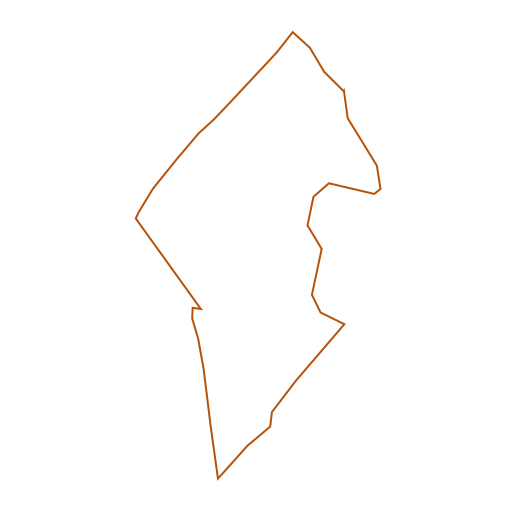 the border of West Dunbartonshire, rotated 42°
{"feature_id": "GBR-2011", "entity_name": "West Dunbartonshire", "entity_type": "Unitary District", "adm_level": 1, "iso_a3": "GBR", "parent_name": "United Kingdom", "parent_adm1": "", "projection": "orthographic", "projection_center": [-4.496, 55.971], "detail": "fine", "context": "isolated", "style": "outline", "palette": "amber", "viewbox_px": 512, "rotation_deg": 42, "n_neighbors": 0, "source": "natural_earth", "source_scale": "10m", "svg_char_len": 673}
<svg xmlns="http://www.w3.org/2000/svg" viewBox="0 0 512 512"><g transform="rotate(42 256 256)"><path d="M243.6,336.9L250.5,332.3L141.6,308.6L139.5,302.0L134.4,275.1L132.4,239.0L132.3,237.4L131.8,220.2L131.3,203.6L131.6,200.2L133.3,182.9L133.3,182.6L133.7,169.8L134.0,157.5L135.2,91.2L133.5,65.1L134.5,65.1L156.7,65.2L183.4,73.5L210.9,74.9L210.8,74.4L231.9,92.2L285.4,108.0L303.7,122.9L302.3,130.8L261.5,153.2L259.1,173.6L273.8,198.8L300.1,206.8L323.5,247.4L341.8,254.8L367.3,247.6L369.1,322.0L372.3,361.4L380.7,373.3L376.6,402.8L376.7,438.5L376.7,446.9L335.5,412.2L292.3,374.7L268.0,355.9L250.5,345.2L243.6,336.9Z" fill="none" stroke="#b45309" stroke-width="2"/></g></svg>